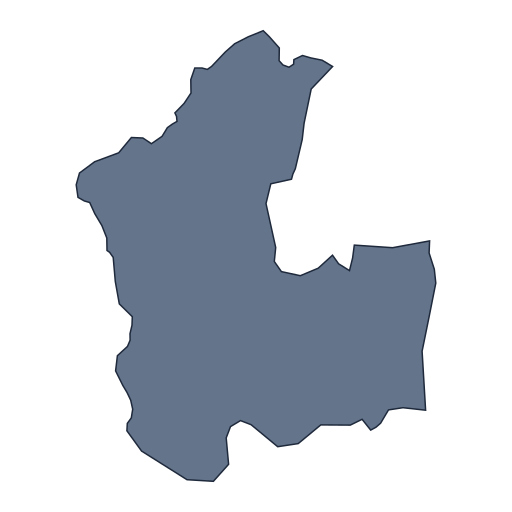 outline of Mātale
{"feature_id": "LKA-2449", "entity_name": "Mātale", "entity_type": "District", "adm_level": 1, "iso_a3": "LKA", "parent_name": "Sri Lanka", "parent_adm1": "", "projection": "albers", "projection_center": [80.718, 7.7], "detail": "fine", "context": "isolated", "style": "filled", "palette": "slate", "viewbox_px": 512, "rotation_deg": 0, "n_neighbors": 0, "source": "natural_earth", "source_scale": "10m", "svg_char_len": 1362}
<svg xmlns="http://www.w3.org/2000/svg" viewBox="0 0 512 512"><path d="M263.2,30.7L269.4,36.8L279.3,48.0L279.1,60.7L283.0,65.0L289.0,67.2L293.6,64.2L293.9,59.6L302.5,55.5L310.8,57.9L322.1,60.2L332.6,66.5L311.2,89.0L304.1,123.2L302.2,139.6L295.3,168.8L292.9,174.0L291.5,179.2L270.8,183.8L266.0,203.6L275.7,247.5L274.3,261.5L281.4,271.6L300.3,275.7L318.2,268.2L332.5,255.2L338.6,263.8L349.5,270.6L352.6,258.0L354.3,245.1L392.6,247.7L429.6,240.9L429.1,253.0L434.3,269.2L435.8,283.1L429.0,317.3L422.1,351.2L425.6,410.2L403.0,407.7L388.5,409.9L380.6,423.2L376.0,427.2L370.7,430.1L362.1,419.3L350.3,425.1L320.8,424.9L298.2,443.6L277.7,446.7L251.1,424.7L240.5,420.6L230.5,426.6L226.2,437.9L228.6,464.3L213.4,481.3L187.0,479.7L141.6,451.1L126.9,430.8L127.3,423.4L131.3,417.9L132.7,409.2L130.7,400.2L127.1,392.6L122.8,385.4L115.6,370.9L117.4,355.7L127.5,346.4L130.1,340.2L130.0,333.7L132.0,325.2L132.3,316.7L119.3,303.9L115.3,281.5L113.2,257.4L109.6,252.3L107.0,250.5L106.8,238.0L101.9,225.6L94.8,213.7L89.7,202.5L84.4,201.0L78.0,197.4L76.2,184.8L79.5,173.0L94.7,161.7L118.7,152.8L131.4,137.5L142.9,138.0L151.4,143.7L162.1,136.3L167.4,127.6L172.3,124.1L177.0,121.4L176.5,116.3L174.9,112.9L184.1,103.4L191.0,93.0L190.8,79.6L194.8,68.0L202.0,68.0L207.3,69.4L211.5,66.5L225.4,51.9L234.7,43.7L248.2,36.8L263.2,30.7Z" fill="#64748b" stroke="#1e293b" stroke-width="1.5"/></svg>